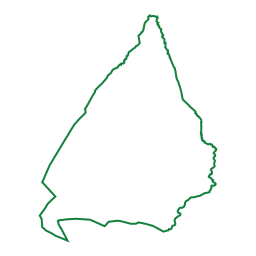 Santa Cruz Itundujia, Oaxaca, Mexico (Albers equal-area conic projection)
{"feature_id": "50627088B33847319149889", "entity_name": "Santa Cruz Itundujia", "entity_type": "district", "adm_level": 2, "iso_a3": "MEX", "parent_name": "Mexico", "parent_adm1": "Oaxaca", "projection": "albers", "projection_center": [-97.652, 16.757], "detail": "fine", "context": "isolated", "style": "outline", "palette": "green", "viewbox_px": 256, "rotation_deg": 0, "n_neighbors": 0, "source": "geoboundaries", "source_scale": "gbopen_adm2", "svg_char_len": 5730}
<svg xmlns="http://www.w3.org/2000/svg" viewBox="0 0 256 256"><path d="M168.6,229.6L168.7,229.4L168.8,229.5L169.2,229.3L170.8,229.2L171.1,228.9L171.8,227.6L172.3,226.0L172.7,225.7L174.5,225.3L175.0,224.8L175.3,224.2L175.2,222.6L175.0,222.0L174.6,221.1L174.6,220.3L174.9,219.0L175.5,218.4L175.9,218.0L176.4,217.7L176.7,217.4L177.8,216.5L180.2,215.2L180.4,214.8L180.4,213.9L180.3,213.4L179.6,213.1L178.5,212.9L178.0,212.5L177.7,211.7L177.7,211.1L177.8,210.8L178.3,210.1L178.6,209.2L179.5,208.1L180.5,207.7L181.8,207.8L183.0,207.4L183.9,206.8L184.5,205.3L184.9,204.8L185.1,203.3L185.0,203.0L185.3,202.4L185.8,201.3L186.5,200.8L188.1,200.1L189.5,198.8L190.0,198.1L191.4,197.3L194.7,197.2L197.0,196.3L197.7,196.2L198.4,196.3L200.2,195.7L202.5,194.3L204.9,193.1L208.7,192.4L209.6,192.0L209.6,190.9L209.8,190.6L210.6,190.0L210.9,188.9L211.7,187.2L211.6,186.9L211.2,186.4L211.5,185.8L212.1,185.5L212.9,185.5L213.3,185.7L214.3,185.5L215.0,184.8L215.4,184.9L215.6,184.5L215.6,183.5L215.0,182.9L213.4,182.2L212.6,181.4L212.7,180.7L213.2,180.4L213.2,180.2L212.6,179.8L212.0,179.6L211.6,178.9L211.0,178.3L209.9,177.5L209.3,177.4L208.8,177.0L208.8,176.6L208.9,176.1L209.7,175.2L210.0,174.4L210.7,174.0L211.2,174.1L211.4,174.2L211.9,173.5L211.9,172.0L211.6,171.4L211.6,171.0L210.9,169.8L210.9,169.5L211.5,168.7L212.5,168.0L213.4,167.6L214.5,166.6L214.6,166.1L214.1,163.7L214.3,163.0L214.9,161.2L214.9,160.7L213.7,158.8L213.6,157.7L215.1,156.0L215.2,154.9L213.8,153.6L213.7,152.9L214.4,152.0L215.9,150.4L216.3,149.1L215.4,148.6L215.4,148.0L214.1,146.8L212.9,147.0L212.8,146.8L213.2,146.4L212.5,145.7L212.0,144.5L210.5,144.5L210.0,143.8L209.7,143.8L208.9,144.1L208.0,144.3L207.5,144.1L206.5,143.5L204.6,142.5L204.6,141.3L204.3,141.1L203.4,141.2L203.4,140.7L202.9,140.3L202.1,140.1L202.0,139.6L202.2,138.7L202.3,138.5L202.3,138.4L201.7,138.3L201.6,137.6L201.8,137.3L201.6,136.8L201.7,136.0L201.4,135.8L201.5,135.5L201.8,135.3L201.7,134.6L200.9,134.2L201.3,132.9L200.8,132.2L201.2,131.7L201.3,128.4L201.4,127.1L201.1,126.3L201.3,125.3L201.1,122.7L201.5,122.4L201.3,121.7L201.3,120.1L200.6,118.9L200.3,118.4L199.5,117.6L199.3,117.4L198.9,117.1L198.6,116.5L198.4,116.2L197.6,116.1L197.0,115.3L196.8,114.9L196.8,114.7L196.7,114.5L196.5,113.8L196.2,113.7L195.9,113.7L195.5,113.6L195.4,113.5L195.5,113.3L195.3,112.9L195.5,112.6L195.6,112.0L195.5,111.8L195.3,111.8L195.2,111.5L194.9,111.0L194.3,110.5L193.8,110.0L193.4,109.6L193.1,109.4L192.6,108.9L191.9,108.3L191.6,108.1L189.7,106.4L188.8,105.2L183.9,100.6L182.8,99.4L182.4,97.9L181.3,91.9L179.6,85.8L178.7,83.7L178.3,81.9L176.8,79.1L176.1,76.0L176.2,75.5L176.1,75.1L175.9,74.2L175.8,73.3L175.6,72.4L175.6,71.5L175.1,70.1L174.9,69.1L174.9,68.5L174.7,68.0L174.5,67.7L174.3,67.5L174.1,67.4L173.2,65.8L173.0,65.1L170.1,58.1L170.1,57.6L169.7,57.5L169.5,56.1L169.3,55.4L169.0,54.6L168.8,54.3L168.2,54.2L167.8,53.8L167.6,53.4L168.1,52.5L167.7,52.1L168.0,51.2L168.0,50.4L167.4,50.0L166.7,49.6L166.1,48.3L165.2,47.4L165.6,46.1L165.3,44.0L165.7,43.2L165.1,42.6L164.4,42.9L164.3,42.6L164.5,41.7L164.4,39.1L163.5,38.5L163.0,37.6L162.0,36.9L162.3,36.3L163.3,35.5L163.2,35.2L162.5,35.1L162.3,34.8L162.4,34.2L162.4,33.7L161.5,32.5L161.2,31.9L160.9,30.6L161.4,29.6L161.2,29.2L160.5,28.8L159.8,28.1L159.6,27.7L159.4,27.5L159.2,27.3L159.3,26.4L158.6,26.2L158.4,25.9L158.6,25.2L158.1,24.4L157.6,24.2L157.3,24.0L157.7,23.5L158.1,22.9L157.6,22.8L157.6,22.5L157.5,22.2L156.4,21.1L156.8,19.8L156.9,19.6L156.9,19.3L157.0,19.0L157.2,18.4L157.3,18.3L157.4,18.0L157.3,17.4L157.5,17.4L157.1,16.5L156.0,16.8L155.1,16.5L154.1,16.0L153.7,16.1L152.5,16.0L150.8,16.4L149.8,15.4L148.1,17.0L148.5,19.1L145.3,22.5L144.7,23.5L144.5,24.1L143.9,27.6L143.7,27.9L143.4,30.1L142.2,32.1L141.5,32.1L141.0,33.3L140.9,33.6L140.5,33.8L140.1,34.2L139.7,34.5L138.5,35.7L138.8,38.0L139.5,41.7L139.8,42.9L139.7,43.1L138.5,44.5L137.3,45.6L136.4,45.9L135.9,46.2L135.6,47.0L134.8,47.8L133.6,48.5L133.2,48.7L132.6,49.3L130.3,51.2L129.0,51.9L128.8,52.3L128.6,52.5L128.5,53.6L128.1,54.5L128.1,54.8L128.0,55.1L127.7,55.2L127.7,55.5L127.3,55.6L127.0,55.8L127.0,56.2L126.8,56.4L126.6,56.4L126.6,56.6L126.6,56.8L126.6,57.0L126.6,57.5L126.4,57.6L126.4,57.8L126.3,58.2L126.3,58.6L126.1,59.0L125.7,59.0L125.3,59.2L124.8,59.4L124.9,59.7L124.9,60.0L124.6,60.3L124.1,60.6L124.0,60.8L124.2,61.1L124.2,61.3L124.1,61.6L124.2,61.8L124.2,62.1L124.4,62.4L123.9,63.2L123.5,63.5L123.2,63.5L122.8,63.3L122.5,63.4L122.3,63.4L121.9,63.5L121.7,63.5L121.2,63.7L121.2,64.1L121.1,64.3L121.0,64.6L120.7,64.3L120.5,64.2L120.3,64.6L120.1,64.8L119.7,65.0L119.5,64.9L119.3,65.0L118.9,65.6L118.6,66.1L118.2,66.2L117.7,66.7L117.5,67.7L115.0,68.5L112.7,69.8L112.5,70.3L112.0,71.0L111.7,71.7L111.3,72.1L110.9,73.0L110.3,73.5L109.3,74.5L108.0,75.2L107.0,77.6L104.9,80.2L101.5,84.0L98.1,87.2L95.1,90.5L94.9,92.3L93.5,94.2L91.1,98.4L86.8,106.3L85.0,108.9L85.3,109.0L85.5,112.8L83.1,115.2L79.4,118.9L74.1,124.8L71.7,128.8L70.1,131.4L69.3,132.7L69.0,133.3L68.6,133.9L67.5,135.8L66.6,137.2L66.4,137.5L64.6,140.4L63.4,142.5L54.8,156.7L53.5,158.9L50.7,163.6L49.8,165.0L45.6,174.5L43.6,179.3L42.8,181.0L42.2,182.1L55.4,196.6L52.0,199.6L47.5,204.1L44.7,208.9L39.7,215.6L41.7,219.0L42.2,227.1L43.4,228.1L43.5,228.1L45.1,229.7L46.2,230.7L47.8,231.4L50.6,232.8L51.6,233.3L53.7,234.6L54.7,235.4L67.5,240.6L62.0,230.1L61.0,228.1L60.6,228.0L58.4,223.8L58.3,222.2L57.8,221.3L57.8,221.1L58.1,221.0L58.3,220.9L58.5,220.9L58.8,220.3L68.3,219.2L68.6,219.2L75.8,218.8L76.5,218.8L77.3,218.9L79.4,219.0L90.1,219.7L90.6,219.9L92.8,220.9L98.9,223.6L99.0,223.7L104.6,226.2L108.6,221.8L117.6,220.7L120.6,221.1L131.0,223.8L136.0,223.7L136.6,223.5L138.5,222.4L145.9,223.9L153.0,225.9L158.6,228.9L163.4,231.6L167.7,230.4L168.3,230.4L168.4,230.0L168.6,229.9L168.6,229.6Z" fill="none" stroke="#15803d" stroke-width="2"/></svg>